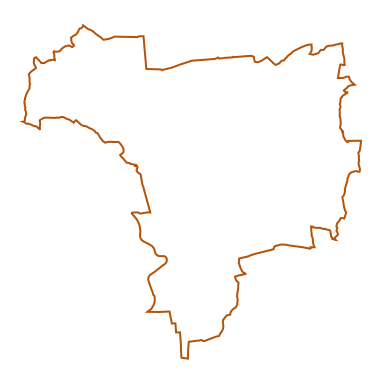 Jupanesti, Gorj, Romania (Albers equal-area conic projection)
{"feature_id": "2599482B25905298128431", "entity_name": "Jupanesti", "entity_type": "district", "adm_level": 2, "iso_a3": "ROU", "parent_name": "Romania", "parent_adm1": "Gorj", "projection": "albers", "projection_center": [23.543, 44.891], "detail": "fine", "context": "isolated", "style": "outline", "palette": "amber", "viewbox_px": 384, "rotation_deg": 0, "n_neighbors": 0, "source": "geoboundaries", "source_scale": "gbopen_adm2", "svg_char_len": 5820}
<svg xmlns="http://www.w3.org/2000/svg" viewBox="0 0 384 384"><path d="M303.2,247.3L310.1,248.7L310.3,248.3L311.2,247.8L310.8,247.3L314.5,247.2L313.2,243.7L312.7,238.5L311.6,235.3L311.6,232.9L311.2,230.4L311.3,228.6L310.9,226.5L312.7,226.5L313.3,227.3L314.5,227.6L317.0,227.9L319.6,227.8L324.0,229.1L324.9,228.7L326.2,229.4L330.0,230.3L330.2,230.6L330.4,232.4L330.9,233.7L331.0,236.3L332.6,238.2L332.3,238.8L333.0,239.0L333.9,238.8L334.4,239.7L335.6,239.9L334.8,239.1L334.7,238.1L335.5,237.0L337.6,235.1L337.9,234.5L337.4,232.2L336.7,231.5L336.5,230.4L337.2,228.6L337.3,227.8L336.6,227.0L336.4,226.2L337.4,222.8L339.2,220.9L340.9,218.0L344.1,218.5L344.8,216.9L346.2,212.5L345.3,211.1L344.0,207.0L343.4,202.4L342.4,197.7L342.6,196.8L343.8,195.4L344.8,192.5L345.1,188.3L346.4,183.8L347.3,181.3L347.5,178.4L348.4,176.8L348.5,176.0L348.9,174.7L350.8,172.5L355.5,171.1L356.9,171.2L358.3,171.8L359.5,171.7L360.0,169.9L359.9,169.0L358.6,163.9L358.7,161.9L359.0,161.2L359.1,160.4L358.9,158.0L358.9,155.8L358.3,153.0L359.8,150.5L360.6,145.2L361.0,140.7L348.3,140.9L348.2,141.8L347.9,142.1L347.2,142.0L345.6,140.5L343.1,135.9L343.4,134.7L343.1,134.0L343.1,133.3L342.5,132.9L342.4,132.0L342.4,131.7L343.0,131.5L342.9,131.2L341.9,130.7L341.7,130.0L340.1,127.9L340.1,126.8L340.7,124.0L340.7,122.9L340.5,118.8L339.9,117.0L339.7,115.1L339.8,113.6L339.6,109.9L339.9,108.5L340.6,106.9L339.8,103.9L340.5,101.5L340.6,98.4L341.9,97.3L342.0,96.6L342.9,95.6L347.4,92.8L347.3,92.4L347.0,92.0L345.4,92.3L344.5,90.7L344.0,90.7L344.2,90.0L346.6,88.2L348.1,86.5L350.4,85.4L354.6,84.7L351.1,81.7L349.4,78.6L349.0,76.9L348.2,76.6L346.7,76.6L343.2,78.0L337.9,78.0L340.2,64.5L342.0,64.6L343.2,65.2L344.7,65.0L344.3,62.2L344.4,60.0L344.3,58.6L342.8,52.5L342.9,49.4L342.2,46.0L342.2,43.4L339.2,43.7L338.9,44.2L336.2,44.5L332.7,45.5L328.7,45.8L327.8,46.3L327.0,46.1L325.4,47.7L323.7,49.8L322.9,50.0L321.2,49.8L320.7,50.1L318.1,53.3L313.3,54.7L309.7,54.0L311.6,50.8L311.8,48.8L311.6,48.2L311.9,46.8L311.3,46.0L311.5,44.5L308.5,44.7L305.9,45.4L300.8,47.5L293.4,51.2L291.0,53.5L288.0,55.7L286.0,58.1L285.3,58.5L284.7,59.6L283.8,60.5L281.7,60.7L279.3,63.3L276.3,64.7L275.4,64.8L273.0,62.9L269.5,59.3L266.8,57.2L261.8,60.6L258.3,62.1L256.7,62.1L254.9,61.8L254.3,59.8L253.9,57.0L252.2,56.0L251.2,56.2L250.7,55.9L249.5,55.9L234.6,57.1L233.4,57.1L232.9,56.8L232.2,57.4L225.3,57.8L220.4,58.5L219.0,58.5L218.3,57.6L218.0,57.5L215.2,58.9L190.9,60.8L190.3,61.3L179.9,64.6L172.3,67.5L162.8,69.8L162.6,70.2L160.4,69.4L147.0,69.0L146.3,68.8L143.5,36.2L138.8,36.3L137.6,37.1L136.6,37.1L114.4,36.6L110.9,38.3L109.8,38.4L109.3,38.8L103.5,39.8L100.3,37.0L95.8,33.9L92.8,31.2L90.0,29.6L88.7,29.5L83.2,25.4L83.1,26.3L82.1,27.5L81.1,28.3L80.0,28.4L79.3,29.0L78.7,30.1L78.0,31.9L77.0,33.1L76.2,34.5L73.5,35.8L70.9,37.8L71.3,38.7L71.3,40.6L71.9,42.8L72.5,43.6L73.5,44.3L74.0,45.7L73.5,45.8L72.8,46.7L72.2,47.1L69.3,45.6L68.0,45.6L66.3,46.2L65.2,46.3L62.8,47.9L59.5,51.2L58.4,51.6L55.4,51.7L53.9,51.3L53.5,52.3L54.4,54.9L54.2,57.0L54.7,58.7L54.9,60.1L53.5,59.8L52.0,59.8L50.7,59.9L49.8,60.6L48.7,60.3L44.4,63.0L41.4,63.1L40.6,62.0L35.9,57.2L34.7,57.8L33.9,59.1L34.0,59.9L33.8,61.7L33.9,63.7L35.6,66.8L36.0,68.2L32.6,70.5L30.2,72.5L28.9,74.2L29.7,79.0L29.5,80.4L29.6,82.7L30.1,84.0L29.5,86.2L29.6,88.2L26.9,92.9L25.9,95.6L25.8,96.3L25.0,97.9L25.0,99.5L24.4,101.3L24.6,102.4L24.4,103.0L24.8,104.2L24.7,105.9L25.5,107.5L25.0,109.1L25.3,110.3L25.8,110.9L26.2,114.4L25.8,115.8L25.2,116.9L25.2,117.5L24.9,118.2L25.0,119.2L24.8,120.7L24.1,121.5L23.0,121.7L24.6,122.3L26.1,123.6L27.2,123.7L27.9,123.5L29.0,124.0L30.8,124.5L34.1,126.1L36.4,126.4L37.2,127.0L39.0,128.9L39.8,129.2L40.0,129.1L39.8,126.9L40.2,124.0L39.7,120.3L43.2,118.2L44.8,117.7L50.7,117.7L52.3,118.0L53.7,117.7L55.2,118.0L57.3,117.5L58.7,117.8L61.2,117.0L63.1,117.0L66.6,118.8L69.9,119.9L71.7,121.4L73.6,122.2L73.8,122.6L74.6,121.3L76.2,120.2L80.4,124.2L81.3,124.8L83.5,125.9L86.1,126.2L90.2,128.5L91.7,128.9L95.0,131.3L96.1,132.9L97.7,133.3L100.5,138.2L101.3,138.9L102.8,141.2L103.5,141.4L105.2,142.7L106.5,142.2L108.8,141.8L118.8,142.1L120.3,143.7L122.6,146.9L123.5,149.2L123.6,151.4L123.2,152.6L120.1,155.1L120.7,156.0L123.8,159.2L126.5,162.6L130.0,163.2L130.7,164.0L136.0,164.9L135.3,166.0L136.9,166.2L137.5,166.7L137.4,167.4L136.5,170.5L138.2,172.9L139.9,173.7L140.7,174.8L142.2,183.8L143.4,187.4L150.3,212.5L147.3,212.4L140.2,213.6L139.1,212.9L137.0,212.3L132.0,212.7L131.8,213.6L136.3,218.8L137.8,221.2L139.1,224.1L139.6,225.8L140.5,231.6L140.1,233.3L140.1,236.4L140.6,238.6L141.4,239.7L143.3,241.3L149.4,244.4L152.2,246.2L154.0,248.5L155.5,253.5L156.8,255.0L158.8,256.1L164.2,256.1L165.5,256.8L166.7,258.5L166.8,261.0L165.7,263.4L162.4,265.7L155.1,271.5L149.9,275.1L148.9,276.4L148.3,277.9L148.2,279.6L148.7,281.4L151.5,289.6L152.4,291.5L153.4,295.0L154.0,295.4L154.6,296.5L154.8,300.3L154.3,303.1L153.4,305.4L151.5,308.7L147.5,311.8L158.8,312.0L169.5,311.5L171.9,323.5L175.4,323.4L176.1,332.5L180.0,332.4L181.0,345.7L180.9,348.0L181.4,357.7L187.9,358.6L188.2,348.9L188.8,341.8L197.5,340.6L199.4,340.6L200.9,340.0L202.2,340.3L202.9,340.9L204.3,341.1L216.4,336.5L219.0,336.1L220.1,333.8L222.5,330.2L223.2,328.1L223.4,325.8L223.1,324.4L222.8,322.1L223.1,320.0L225.8,316.4L226.9,315.4L230.3,314.6L230.5,312.5L231.6,310.6L233.9,308.5L235.3,307.8L236.1,306.9L237.4,304.1L237.2,303.1L237.6,301.5L237.6,298.5L237.0,296.6L237.4,292.6L238.1,289.6L238.2,284.9L238.6,283.4L238.3,282.3L236.9,281.1L235.9,279.9L235.0,276.7L239.0,275.3L240.4,275.2L245.4,273.9L244.8,273.1L243.8,272.8L242.2,271.4L240.4,267.9L240.0,266.1L239.5,265.4L239.4,264.1L238.7,263.1L238.7,262.4L239.3,260.6L239.0,259.6L239.2,258.4L247.5,256.6L251.9,254.8L256.2,253.6L273.3,249.3L273.7,249.0L273.7,248.2L274.3,247.4L274.4,246.6L275.0,246.1L280.2,244.7L283.8,244.5L286.2,244.8L289.1,245.4L303.2,247.3Z" fill="none" stroke="#b45309" stroke-width="2"/></svg>